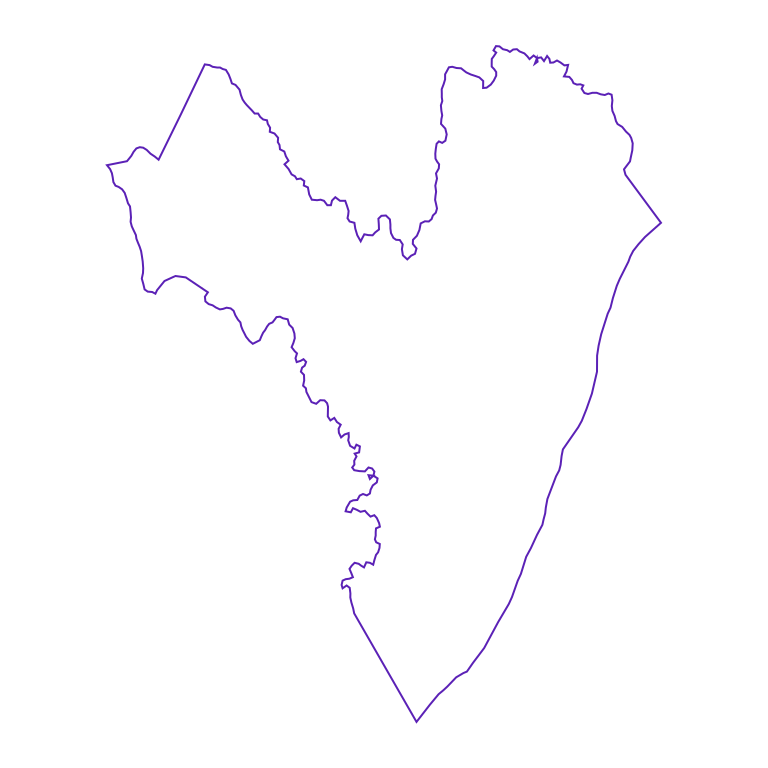 outline of Itaubal, Amapá, Brazil
{"feature_id": "56859067B9451495458128", "entity_name": "Itaubal", "entity_type": "district", "adm_level": 2, "iso_a3": "BRA", "parent_name": "Brazil", "parent_adm1": "Amapá", "projection": "natural_earth1", "projection_center": [-50.683, 0.49], "detail": "fine", "context": "isolated", "style": "outline", "palette": "violet", "viewbox_px": 768, "rotation_deg": 0, "n_neighbors": 0, "source": "geoboundaries", "source_scale": "gbopen_adm2", "svg_char_len": 5573}
<svg xmlns="http://www.w3.org/2000/svg" viewBox="0 0 768 768"><path d="M463.5,673.0L466.9,671.6L473.1,662.7L484.2,648.0L498.2,622.0L508.8,604.0L512.0,597.0L517.7,580.8L520.9,573.9L526.2,556.8L530.9,548.1L537.0,534.9L542.4,524.8L543.6,519.3L545.2,513.3L545.8,507.7L547.4,499.0L556.0,476.4L559.2,470.4L560.6,464.9L561.6,456.0L562.9,449.4L578.2,427.3L581.8,420.8L586.5,409.0L591.9,393.6L597.0,371.7L597.1,355.6L598.6,345.7L601.2,334.2L607.7,313.7L610.5,307.7L612.9,298.1L616.8,285.8L619.8,278.8L628.4,261.7L630.2,256.7L633.2,250.9L638.5,244.2L645.0,237.0L661.0,222.8L625.5,174.8L624.0,169.3L630.0,161.4L630.7,157.8L632.3,150.3L632.7,143.3L631.2,138.0L629.5,134.9L626.0,131.6L622.2,126.9L617.6,124.1L616.0,121.2L614.6,115.9L612.4,110.9L611.8,106.0L612.4,100.3L611.6,94.7L608.4,93.5L604.8,95.0L600.7,94.3L596.7,92.8L592.4,92.8L588.0,94.0L584.4,93.0L581.6,88.7L583.3,85.4L580.3,84.3L576.9,84.6L573.5,83.2L572.0,80.0L569.3,76.9L564.0,76.4L566.5,71.6L568.1,64.9L564.4,65.4L560.5,62.5L557.0,60.5L553.4,62.5L550.2,62.7L549.4,58.9L547.1,56.0L544.0,61.1L541.1,57.4L537.0,58.1L533.6,55.5L529.5,59.1L527.4,56.4L524.4,53.4L519.5,51.4L516.9,49.2L513.2,49.5L509.9,51.9L507.2,50.2L502.9,49.2L499.5,46.4L496.0,46.1L493.5,50.4L496.2,52.6L493.8,56.2L491.8,58.9L491.7,62.7L491.7,66.6L494.2,69.2L496.2,72.1L496.2,75.7L493.7,80.7L490.8,84.6L486.6,87.7L483.1,88.0L483.2,81.0L479.3,77.4L475.4,76.0L470.8,74.5L466.3,72.4L463.7,70.4L461.1,68.3L456.5,68.0L452.3,66.8L448.9,67.3L447.1,70.7L445.1,74.3L445.1,79.4L443.6,84.3L441.7,89.2L441.8,93.5L441.8,97.3L442.3,101.0L440.9,105.3L441.4,110.9L442.2,115.4L441.4,119.0L441.0,123.9L445.3,128.6L446.7,134.4L445.4,140.7L442.2,142.9L438.9,141.4L436.6,143.8L435.8,148.9L435.3,153.7L435.5,158.7L437.1,161.6L439.1,164.3L438.8,168.4L436.0,173.4L437.0,178.5L436.2,181.9L435.3,185.7L436.1,191.7L435.5,195.8L435.1,199.9L436.1,204.2L437.0,208.5L435.8,212.7L432.9,215.5L431.6,219.1L428.8,221.5L424.9,221.3L420.7,223.4L419.4,230.0L416.9,235.8L413.0,239.8L412.8,243.9L416.5,248.5L415.0,253.8L411.1,255.7L407.3,259.4L402.9,255.3L401.9,249.2L402.7,244.4L399.8,240.0L396.1,239.8L393.4,237.9L391.0,233.1L390.4,228.3L390.4,224.5L389.9,219.4L385.9,215.5L381.4,215.8L378.4,218.7L378.8,224.2L379.0,229.5L375.2,232.4L372.6,235.3L368.3,235.1L364.3,234.3L362.4,237.9L360.7,241.3L357.3,235.3L355.3,228.7L354.4,222.8L349.6,221.5L347.5,218.2L348.2,214.8L348.6,211.0L347.0,205.9L345.2,200.8L340.0,200.8L335.3,197.2L332.0,200.6L330.9,205.2L327.3,205.2L324.0,200.8L320.6,199.7L317.1,200.2L311.8,199.7L309.2,194.4L307.9,187.4L303.8,185.5L304.3,181.1L300.7,178.5L296.8,179.2L295.0,176.3L291.6,174.4L288.5,168.9L284.5,164.3L288.5,160.7L285.9,156.3L284.3,151.5L280.0,149.3L279.5,145.0L277.8,142.1L278.1,137.8L274.5,133.5L269.8,131.8L270.1,127.7L267.8,123.9L267.0,120.3L263.2,119.5L260.2,116.9L258.1,113.5L254.6,113.5L251.8,110.3L249.1,107.5L246.8,105.1L244.7,102.6L242.6,99.5L240.9,95.0L239.5,89.6L235.5,84.9L231.9,83.4L230.5,79.1L228.7,74.5L225.9,69.9L222.7,69.0L220.0,67.5L217.0,67.5L212.6,66.8L209.6,65.1L204.8,64.4L180.7,114.7L158.6,159.7L154.7,156.5L150.5,153.7L146.7,149.9L143.2,147.7L139.8,147.2L136.4,148.4L133.6,151.8L131.3,155.9L129.2,158.5L127.0,161.2L107.0,165.2L110.1,169.1L111.9,173.2L112.7,177.3L113.4,182.1L115.5,185.7L118.6,186.9L122.1,189.3L124.7,192.9L126.4,198.0L128.0,203.3L130.0,206.4L130.6,212.1L131.0,217.4L130.6,221.8L131.8,226.4L133.8,230.7L135.9,235.1L136.4,238.7L138.0,242.8L139.6,246.6L141.1,251.1L141.9,256.0L142.7,261.5L143.2,268.3L143.0,273.0L141.8,278.6L143.3,283.9L144.6,289.4L147.7,291.6L152.2,292.0L155.4,293.7L157.1,290.1L164.5,281.0L175.4,276.0L185.8,277.4L207.9,292.3L204.9,296.7L205.4,301.4L208.7,304.1L212.6,305.3L215.9,307.5L219.9,309.4L223.0,308.9L226.6,307.7L230.7,308.4L233.6,310.8L235.4,315.4L238.0,319.7L240.4,322.4L241.2,326.3L242.6,329.9L244.2,333.0L246.1,336.8L249.4,340.9L252.8,343.8L259.8,340.2L261.4,336.3L263.1,332.7L265.1,330.1L267.1,326.5L269.2,323.8L272.5,322.4L274.6,319.7L276.5,317.1L280.0,316.7L283.0,318.3L287.7,319.3L289.2,324.6L292.6,328.0L294.4,333.5L294.8,338.2L293.4,342.9L291.6,347.2L294.7,351.2L297.0,353.4L295.5,358.2L296.7,362.1L300.5,360.9L303.5,359.2L306.1,361.9L304.7,365.7L302.1,367.6L300.9,371.7L304.0,374.9L304.2,380.4L303.1,385.7L305.9,388.3L306.4,391.9L308.7,396.5L311.5,402.1L316.2,403.8L320.2,400.2L324.5,400.4L327.1,403.2L328.0,406.6L327.9,411.7L327.8,416.5L330.4,420.4L334.3,417.9L336.9,422.0L340.7,424.7L338.6,428.8L338.9,432.8L341.1,437.4L344.5,434.5L348.6,433.1L348.8,437.0L348.2,440.3L350.1,445.8L354.5,448.5L356.4,444.7L359.9,446.4L359.1,452.4L354.7,453.6L356.5,456.4L354.2,460.8L354.4,464.6L352.2,467.5L354.2,470.2L359.4,471.1L364.9,471.4L368.5,467.5L372.1,468.5L374.4,471.6L373.4,475.7L377.6,478.4L376.8,482.4L372.8,485.4L370.6,489.7L369.9,493.5L366.8,495.4L363.0,494.0L359.7,495.6L357.3,500.0L353.2,500.3L350.1,501.7L346.7,507.5L345.6,511.3L350.8,512.3L353.0,508.2L357.0,509.9L360.5,511.8L364.9,510.8L367.5,513.7L370.5,516.6L374.3,515.2L376.8,518.0L379.1,523.1L379.9,526.7L376.0,528.4L375.7,532.0L375.7,535.6L374.9,539.3L376.2,542.3L379.8,544.0L379.5,547.9L378.1,552.3L376.0,554.9L374.3,560.4L373.2,564.7L369.9,562.8L366.3,562.3L364.0,567.4L361.2,565.7L358.7,563.8L354.6,562.8L351.7,565.7L349.5,568.9L351.4,573.4L352.9,577.2L349.4,578.7L345.7,579.2L342.6,580.6L341.6,584.9L342.6,588.3L346.6,585.5L349.7,587.8L350.4,593.4L350.3,597.5L351.4,602.5L353.2,608.5L354.2,613.4L416.5,721.9L429.8,704.8L438.6,694.2L443.3,690.3L447.4,686.5L456.2,677.3L463.5,673.0ZM537.0,58.1L537.6,61.7L534.9,63.7L537.0,58.1ZM373.4,475.7L368.5,475.2L369.9,479.0L373.4,475.7Z" fill="none" stroke="#5b21b6" stroke-width="2"/></svg>